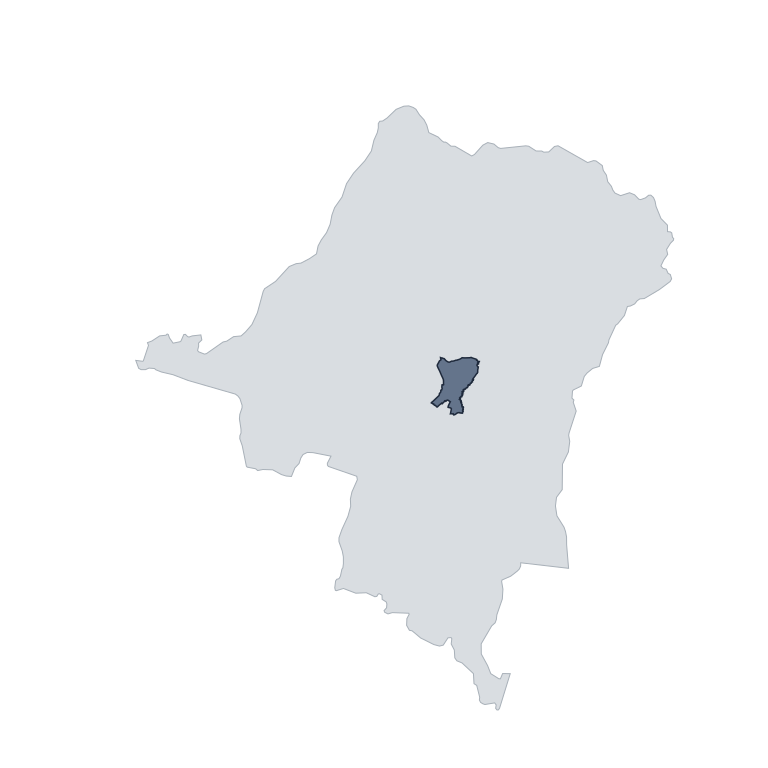 Katako-Kombe, Kasaï-Oriental, Democratic Republic of the Congo shown in context, rotated 17°
{"feature_id": "63176286B65571818133367", "entity_name": "Katako-Kombe", "entity_type": "district", "adm_level": 2, "iso_a3": "COD", "parent_name": "Democratic Republic of the Congo", "parent_adm1": "Kasaï-Oriental", "projection": "natural_earth1", "projection_center": [24.617, -3.373], "detail": "fine", "context": "in_parent", "style": "filled", "palette": "slate", "viewbox_px": 768, "rotation_deg": 17, "n_neighbors": 0, "source": "geoboundaries", "source_scale": "gbopen_adm2", "svg_char_len": 9040}
<svg xmlns="http://www.w3.org/2000/svg" viewBox="0 0 768 768"><g transform="rotate(17 384 384)"><path d="M614.4,506.3L567.0,515.0L567.9,518.1L567.5,521.4L566.2,523.9L561.4,530.7L554.2,536.9L554.2,538.4L557.7,545.4L560.0,555.0L559.4,571.8L560.3,576.3L560.1,579.9L557.7,583.8L552.9,604.1L556.0,613.8L565.4,623.0L570.8,629.8L580.0,632.3L581.5,631.9L582.1,626.2L589.4,624.1L589.3,660.2L588.7,662.2L587.4,662.7L585.6,661.5L585.1,658.1L583.1,656.6L574.2,661.0L571.9,660.9L569.4,660.2L567.6,658.3L567.1,655.6L560.8,645.1L557.7,644.3L554.2,634.8L540.1,627.9L534.6,627.4L531.8,625.2L529.0,617.8L524.3,613.0L523.3,607.7L522.3,606.9L519.4,608.0L517.0,616.4L513.7,618.4L507.9,618.6L493.4,616.2L483.0,611.8L480.3,612.1L476.2,608.2L474.5,601.7L475.4,596.7L474.6,596.0L458.8,600.2L455.0,602.7L451.4,602.1L450.3,600.7L451.9,597.3L451.1,593.6L449.9,591.8L445.2,590.5L443.8,586.5L440.9,585.9L439.9,586.5L439.2,589.2L437.5,590.1L428.1,588.8L418.2,592.3L405.0,591.4L398.8,595.6L397.8,595.5L396.5,593.3L395.3,586.5L395.9,584.6L397.9,583.3L398.5,580.5L397.9,573.4L398.4,571.8L397.7,567.7L395.7,561.2L392.9,555.9L387.0,547.9L385.9,544.2L386.3,535.3L388.2,521.1L387.9,510.7L385.5,503.9L384.9,496.5L386.5,483.3L384.9,480.2L354.9,479.1L353.6,478.1L353.0,476.3L354.4,468.5L336.1,470.4L330.6,471.9L327.2,475.1L326.1,479.1L326.0,484.9L323.3,490.3L322.5,499.5L317.4,500.6L312.4,500.6L302.6,498.6L293.1,501.2L288.5,503.7L286.0,502.6L277.5,503.5L276.4,502.8L266.5,484.5L262.1,478.5L261.3,475.5L261.6,472.7L260.4,468.9L255.9,459.5L255.0,455.1L255.2,448.3L254.6,446.0L250.5,440.1L247.8,438.2L244.8,437.1L195.7,437.9L179.5,436.8L167.6,437.6L161.6,437.1L160.0,436.3L154.6,437.5L151.7,440.0L147.5,441.3L144.8,440.7L139.7,434.0L146.7,432.8L147.1,432.1L147.5,415.9L145.7,413.6L149.4,410.8L155.4,403.6L161.2,401.1L162.0,399.6L163.2,399.7L165.4,402.7L170.4,406.6L176.6,403.2L177.3,402.2L178.1,395.2L179.6,394.6L182.3,396.1L183.8,396.1L186.5,394.1L194.5,390.6L196.9,395.1L194.7,399.1L195.7,402.0L195.9,406.4L197.2,407.4L203.5,407.9L205.3,406.9L217.8,390.9L221.1,389.0L226.3,382.7L233.3,379.8L236.3,374.8L240.3,365.8L242.1,353.0L241.4,330.7L242.0,327.7L250.3,317.6L259.0,299.4L264.8,294.6L269.2,292.7L276.0,286.0L281.4,279.3L280.6,271.3L281.9,264.6L284.8,256.1L285.8,247.1L284.8,237.6L285.2,229.8L289.2,217.5L289.6,203.3L293.2,191.3L300.4,176.2L303.8,164.9L303.1,153.8L304.1,145.6L303.7,140.8L302.4,136.6L303.1,134.0L305.8,132.9L309.2,128.7L315.3,117.8L321.8,112.5L326.4,110.8L331.1,111.0L334.2,111.9L339.2,116.2L345.0,119.6L349.2,123.9L353.4,130.5L363.6,132.0L368.0,134.4L370.7,135.3L371.6,134.7L373.7,135.0L378.5,137.0L382.4,135.9L401.2,140.3L403.4,138.1L408.7,126.7L412.6,122.8L419.0,122.4L424.1,124.6L426.7,124.6L449.9,114.8L452.9,114.3L461.3,116.7L466.8,115.1L469.0,115.6L473.7,113.9L477.6,107.0L480.8,105.3L514.0,112.7L519.1,109.1L521.5,108.7L528.9,111.3L531.2,115.6L535.6,119.2L538.8,125.1L543.7,128.5L546.2,131.7L549.1,133.9L555.2,134.7L562.9,129.3L568.3,129.8L573.7,132.8L575.6,132.6L579.7,129.5L581.9,126.1L584.0,125.4L587.2,126.9L589.8,130.0L592.2,134.6L600.5,144.8L608.6,149.2L610.6,155.4L613.5,154.8L615.0,155.4L617.0,159.4L618.5,160.2L618.8,161.8L616.8,165.6L614.9,172.7L617.4,177.1L615.3,183.5L614.3,190.1L616.9,191.8L620.3,191.7L623.3,195.1L625.8,195.6L628.3,199.3L627.7,202.3L619.8,213.1L607.9,226.2L603.8,227.8L601.8,230.3L600.3,234.1L596.8,237.4L594.1,238.7L593.9,248.2L589.9,258.1L588.4,260.1L586.2,276.1L586.6,278.9L584.4,292.0L584.8,304.2L579.0,308.1L575.0,314.1L573.3,318.2L573.3,328.2L566.8,334.3L566.3,335.6L567.9,342.6L570.3,343.8L570.3,346.1L575.7,353.7L575.3,376.8L575.6,379.1L578.4,384.6L580.2,395.1L578.1,408.4L585.3,432.9L582.1,441.9L583.6,450.5L587.9,459.5L598.0,468.3L600.7,472.0L603.3,476.9L605.7,484.5L614.4,506.3Z" fill="#d9dde1" stroke="#a8b0b8" stroke-width="1"/><path d="M459.5,333.1L458.4,333.8L453.7,335.4L451.8,335.9L451.0,336.0L450.3,337.0L450.0,337.3L449.8,337.5L449.5,337.8L449.2,338.1L449.0,338.3L448.7,338.5L447.9,339.0L447.7,339.2L447.4,339.3L447.0,339.8L445.8,340.2L445.5,340.4L444.9,340.9L444.1,341.5L443.0,342.1L442.1,342.3L441.4,342.9L440.4,343.9L440.2,344.0L439.5,344.1L439.3,344.2L438.9,344.2L437.2,343.8L436.6,343.6L435.6,343.1L435.4,343.0L435.2,342.7L434.8,342.6L434.3,342.2L433.7,342.1L433.3,342.3L432.8,342.3L432.3,342.1L431.9,342.1L431.5,342.3L430.3,342.2L430.6,342.9L431.2,343.7L431.3,343.9L431.4,344.2L431.2,344.5L430.5,345.4L430.2,345.9L430.1,346.4L430.1,346.7L429.5,349.6L429.4,350.2L429.5,350.8L429.7,351.2L430.0,351.6L431.2,353.0L433.5,355.4L436.5,359.0L438.6,361.3L439.6,362.6L439.8,362.9L439.8,363.3L440.1,363.9L440.9,366.6L441.2,367.1L441.2,367.3L441.0,367.5L440.7,367.6L440.0,367.7L439.7,367.9L440.0,369.0L440.2,370.1L440.9,371.1L440.9,372.1L440.9,372.8L440.5,372.9L440.4,373.2L440.2,373.4L440.2,373.6L440.3,374.0L440.5,374.4L440.6,375.0L440.4,375.8L440.1,376.3L439.9,376.5L439.8,376.8L439.8,377.1L440.0,377.9L440.0,378.7L439.9,379.1L435.7,386.6L435.4,386.9L435.1,387.4L434.8,388.1L435.0,388.1L435.3,388.4L435.5,388.4L436.0,388.5L436.4,388.5L436.6,388.7L436.9,388.8L437.1,388.7L437.1,388.9L437.7,389.0L438.1,389.4L438.3,389.5L438.7,389.5L439.0,389.4L439.1,389.6L439.3,389.6L439.7,389.6L440.0,389.8L440.3,389.9L440.6,390.2L440.8,390.2L440.9,390.3L441.1,390.2L441.3,390.4L441.5,390.5L441.9,390.1L442.2,389.5L442.9,388.2L444.8,385.4L445.4,385.9L445.6,385.8L445.7,385.6L446.1,384.4L446.8,383.4L446.9,382.4L447.0,382.2L447.4,382.0L447.9,382.3L448.1,382.5L448.4,382.2L448.5,382.1L448.6,381.6L449.1,380.9L449.5,380.9L449.8,380.8L450.1,380.8L450.3,381.0L450.9,381.1L451.2,381.2L451.6,381.2L451.9,381.4L452.2,381.5L452.6,381.6L452.5,381.9L452.3,383.3L452.0,385.3L451.9,386.2L452.0,387.3L452.1,387.6L454.6,387.4L455.0,387.5L455.3,387.9L455.4,388.0L455.7,388.1L455.9,389.8L456.2,392.8L456.2,393.1L456.5,393.0L457.4,392.7L458.4,392.5L458.8,392.2L459.0,392.3L459.0,392.6L459.2,392.8L459.4,393.0L459.7,393.2L460.3,392.9L460.5,392.6L460.8,392.5L461.1,392.1L461.6,391.6L461.8,391.2L462.0,390.9L462.3,390.7L462.4,390.4L462.6,390.3L462.7,390.1L463.0,389.9L463.5,389.7L463.9,389.6L464.0,389.5L464.5,389.5L464.6,389.4L464.7,389.5L465.2,389.3L465.4,389.3L465.5,389.3L466.2,389.4L467.0,389.0L467.3,388.9L467.5,388.9L467.4,388.6L467.5,388.4L467.3,388.1L467.5,387.8L467.6,387.6L467.4,387.2L467.7,387.0L467.7,386.9L467.0,386.5L467.0,386.4L466.9,386.2L467.2,385.9L467.3,385.7L467.3,385.3L467.3,385.2L467.1,385.0L466.7,385.0L466.6,384.8L466.9,383.9L466.9,383.7L466.8,383.4L466.8,383.2L466.6,383.1L466.4,382.8L466.4,382.7L466.1,382.7L465.9,382.7L465.8,383.1L465.4,383.1L465.2,382.4L464.9,382.2L464.7,382.1L464.6,381.8L464.7,381.3L464.9,381.2L464.8,380.9L464.5,380.8L464.4,380.8L464.4,380.6L464.0,380.1L463.7,380.1L463.5,379.8L463.7,379.3L463.6,379.0L463.5,378.9L463.4,379.0L463.3,379.3L463.1,379.4L462.8,379.1L462.6,378.5L462.5,378.3L462.3,378.1L462.2,377.9L462.3,377.6L462.5,377.5L462.8,377.6L462.7,377.4L462.1,377.1L461.7,377.1L461.3,376.9L461.7,376.8L461.7,376.7L461.3,376.6L461.2,376.6L461.3,376.4L461.3,376.2L461.0,376.4L460.9,376.1L460.7,376.1L460.7,375.8L460.5,375.5L460.4,375.2L460.6,375.1L460.7,375.3L460.8,375.1L461.0,374.6L461.3,374.2L461.0,374.1L460.9,374.1L461.0,373.9L461.3,374.0L461.4,373.5L461.6,373.3L461.6,373.1L462.1,373.2L462.1,372.8L462.2,372.6L462.1,372.2L462.3,372.0L462.4,371.9L462.3,371.6L462.2,371.6L461.9,371.7L461.8,371.4L462.1,371.3L462.1,371.2L461.9,371.0L461.9,370.8L462.0,370.7L461.7,370.7L461.8,370.4L461.9,370.2L461.7,370.0L461.8,369.7L461.5,369.7L461.4,369.7L461.6,369.4L461.6,369.1L461.4,368.9L461.5,368.9L461.6,368.7L461.5,368.3L461.8,368.4L462.0,368.5L462.0,368.1L462.3,368.0L462.4,367.9L462.2,367.5L462.1,367.0L461.9,366.7L461.7,366.6L461.5,366.4L461.5,366.2L462.1,365.6L462.6,365.7L462.8,365.7L463.0,365.5L463.1,365.3L463.1,364.8L463.1,364.7L463.5,364.7L463.7,364.2L463.9,363.5L463.9,363.3L464.0,363.2L464.7,363.2L464.8,363.1L464.9,362.9L464.9,362.3L465.0,361.9L465.0,361.5L465.0,361.3L465.2,361.0L465.2,360.9L464.8,360.8L464.7,360.8L464.7,360.7L464.7,360.4L464.8,360.2L465.1,359.9L465.4,359.9L465.8,359.9L466.0,360.1L466.3,360.0L466.4,359.8L466.2,359.2L466.3,359.0L466.5,358.7L466.4,358.0L466.5,357.9L467.1,357.8L467.2,357.7L467.3,357.2L467.3,356.9L467.3,356.6L467.5,356.4L467.8,356.3L467.9,356.2L467.5,355.7L467.8,355.2L467.9,354.8L467.8,354.7L467.7,354.6L467.4,354.5L467.3,354.3L467.5,354.0L467.7,353.9L468.1,354.4L468.3,354.3L468.3,354.0L468.0,353.5L468.1,353.3L467.8,353.2L467.6,353.1L467.5,352.8L467.7,352.5L467.9,352.0L468.0,351.6L468.2,351.3L468.4,350.6L468.6,350.0L469.0,349.2L469.1,348.4L469.2,348.1L469.5,347.4L469.6,347.0L469.7,346.8L470.0,346.6L470.1,345.7L470.2,345.4L470.1,345.0L469.8,344.4L469.8,344.1L469.5,343.2L469.4,342.6L469.5,342.2L469.4,341.9L469.4,341.6L469.3,341.1L469.2,340.2L468.8,340.3L468.5,340.0L468.2,339.7L467.5,339.1L467.4,338.6L467.4,338.1L468.2,337.5L468.5,337.1L468.3,337.0L467.8,337.0L467.4,336.8L467.3,336.4L467.4,336.2L468.2,335.6L468.6,335.0L468.6,334.6L468.0,334.7L467.0,334.9L466.8,334.7L466.3,334.2L465.6,334.2L465.6,333.5L465.4,333.4L463.9,333.3L461.8,333.3L460.1,333.2L459.8,333.3L459.5,333.1Z" fill="#64748b" stroke="#1e293b" stroke-width="1.5"/></g></svg>